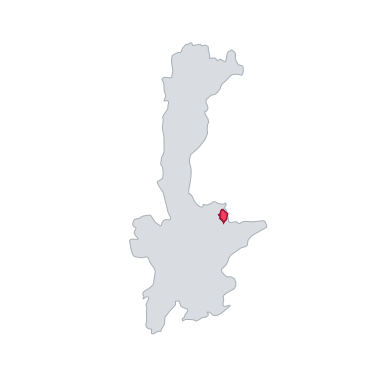 Naxaithong, Vientiane [prefecture], Laos shown in context, rotated 219°
{"feature_id": "54806243B89658590845208", "entity_name": "Naxaithong", "entity_type": "district", "adm_level": 2, "iso_a3": "LAO", "parent_name": "Laos", "parent_adm1": "Vientiane [prefecture]", "projection": "natural_earth1", "projection_center": [102.482, 18.185], "detail": "fine", "context": "in_parent", "style": "filled", "palette": "rose", "viewbox_px": 384, "rotation_deg": 219, "n_neighbors": 0, "source": "geoboundaries", "source_scale": "gbopen_adm2", "svg_char_len": 5650}
<svg xmlns="http://www.w3.org/2000/svg" viewBox="0 0 384 384"><g transform="rotate(219 192 192)"><path d="M144.6,60.2L146.1,63.2L153.0,71.3L154.1,73.5L156.7,75.2L158.8,82.4L159.7,82.9L160.8,82.4L161.7,81.4L162.4,78.6L162.9,78.3L163.7,80.6L165.6,81.3L166.4,82.3L166.7,84.0L166.4,85.8L164.8,89.9L163.8,95.4L170.6,107.3L173.4,108.9L180.2,110.8L184.7,113.4L186.9,112.8L188.9,109.9L191.3,108.2L195.8,105.7L197.2,105.6L199.7,106.6L203.8,109.5L210.0,115.0L209.8,116.5L208.7,117.9L205.4,120.1L204.3,121.5L205.0,122.0L207.7,122.4L211.0,123.6L212.0,125.1L212.6,128.4L213.2,129.0L216.2,128.6L217.1,129.1L218.2,130.1L219.3,132.8L219.3,134.9L216.3,138.5L215.9,140.6L214.4,143.2L210.3,147.5L209.2,147.8L201.5,145.4L195.4,145.7L194.9,146.6L195.9,149.2L196.2,151.8L195.3,153.8L191.8,156.3L191.7,157.4L192.4,158.6L197.5,160.9L213.8,173.3L221.2,175.7L224.5,177.2L225.3,178.1L225.3,179.2L224.4,180.6L223.7,183.0L223.7,184.5L224.5,185.9L225.8,188.0L230.4,192.7L233.7,193.8L237.2,199.2L238.3,203.9L240.0,207.0L248.5,217.2L255.6,223.4L259.9,230.2L261.9,231.7L262.6,234.2L263.1,241.3L265.6,244.9L266.1,246.3L267.2,247.4L268.4,247.6L270.9,245.3L271.4,245.6L272.5,249.4L273.5,250.7L277.3,253.0L281.3,257.6L283.4,259.2L286.1,260.5L286.5,261.9L286.0,263.4L285.2,264.3L280.6,267.0L279.9,268.1L283.0,273.9L290.7,281.1L293.2,285.4L292.7,287.5L290.6,291.6L289.0,292.8L288.6,294.1L289.8,297.5L289.7,302.8L288.2,304.0L286.9,307.2L285.9,307.5L283.6,306.3L278.7,311.9L276.5,311.6L274.1,314.7L270.9,315.1L268.7,312.8L264.0,309.1L262.3,306.8L260.8,308.8L258.3,310.7L254.8,310.0L253.9,312.8L253.2,313.3L249.0,313.7L248.2,314.2L248.9,316.7L251.4,321.0L252.2,323.5L250.6,327.5L246.3,327.4L244.3,325.7L241.8,322.3L236.2,320.1L232.5,321.6L231.3,321.5L228.5,318.7L227.4,316.8L226.8,314.1L231.1,311.9L233.2,310.1L234.6,308.3L235.2,306.4L235.9,298.4L236.5,295.6L236.1,292.1L235.0,289.4L235.0,285.3L235.6,282.1L237.2,280.4L238.3,278.0L239.0,272.7L238.4,271.3L236.8,270.0L234.1,268.8L232.4,267.2L231.7,265.4L231.8,263.7L232.6,262.3L230.6,260.7L225.7,258.9L222.9,256.8L222.4,254.4L220.3,251.1L216.8,247.2L214.9,241.4L214.7,233.9L215.1,227.9L216.6,220.8L214.5,215.7L212.3,213.0L209.2,211.0L206.2,208.2L203.3,204.5L199.9,199.1L196.0,191.8L193.3,188.6L191.9,189.4L189.1,188.7L184.7,186.6L180.9,185.5L177.7,185.3L175.6,185.8L174.6,186.9L174.5,188.0L175.4,189.1L174.9,189.9L173.2,190.5L171.9,191.7L170.3,194.3L169.3,197.8L167.6,199.1L165.2,199.4L162.7,200.4L160.3,202.1L159.2,203.4L159.3,204.3L158.8,204.4L157.6,204.0L157.1,202.8L157.1,201.0L155.9,199.8L153.4,199.2L150.5,197.2L145.1,192.3L143.8,192.0L142.0,193.3L139.7,196.1L137.8,197.2L136.2,196.7L135.1,197.6L134.2,200.2L132.7,202.2L125.4,207.6L118.7,214.5L117.1,215.1L113.1,213.2L111.8,211.8L117.3,197.6L118.2,194.2L118.0,189.6L115.7,185.8L115.6,184.7L115.9,183.6L118.8,179.2L122.0,167.8L121.9,164.3L120.4,160.4L119.7,156.7L120.3,151.7L120.1,149.7L118.5,148.8L113.5,147.8L110.6,148.6L109.2,150.0L107.6,150.8L104.4,151.3L101.4,149.6L98.9,146.7L98.3,143.2L101.5,135.6L102.2,132.7L102.2,131.3L101.6,129.8L100.9,129.6L99.3,127.9L97.7,124.7L96.3,123.3L94.9,123.5L93.6,124.7L91.5,127.7L90.8,127.3L92.7,116.8L94.5,112.4L96.5,110.3L98.7,109.4L101.0,109.7L102.9,109.4L104.5,108.3L104.3,107.7L102.5,107.5L101.8,106.3L102.2,104.1L103.0,102.6L104.2,102.0L105.4,99.7L106.6,95.9L108.1,93.9L109.7,93.9L112.6,92.2L116.7,89.0L118.3,85.9L119.8,87.3L119.2,90.9L120.0,91.7L120.4,93.0L120.2,95.0L120.5,96.8L121.1,97.6L122.0,98.0L126.3,96.5L129.0,96.4L133.3,99.1L135.9,97.1L135.9,96.4L133.8,93.9L134.4,84.7L134.2,77.7L130.6,72.5L129.9,70.4L129.5,67.0L128.6,64.2L131.1,61.8L132.5,57.6L134.3,56.5L134.8,56.7L137.0,59.9L139.7,58.3L141.8,58.3L143.6,59.1L144.6,60.2Z" fill="#d9dde1" stroke="#a8b0b8" stroke-width="1"/><path d="M157.3,197.5L157.2,197.5L157.1,197.4L157.1,197.2L157.3,197.0L157.4,196.7L157.5,196.5L157.6,196.2L157.7,195.9L157.7,195.7L157.6,195.3L157.5,195.2L157.4,195.0L157.4,194.8L157.2,194.5L157.1,194.4L156.9,194.1L156.8,193.6L156.7,193.5L156.7,193.2L156.4,192.9L156.2,192.8L156.1,192.7L156.3,192.4L156.2,192.2L156.3,192.2L156.5,192.0L156.7,191.9L156.6,191.7L156.6,191.4L156.8,191.3L156.9,191.2L156.7,191.1L156.6,190.9L156.4,190.9L156.2,190.7L156.0,190.8L156.0,191.0L155.9,191.1L155.7,191.3L155.4,191.2L155.2,191.1L155.3,191.1L155.2,191.2L155.2,191.3L155.0,191.2L155.0,191.3L154.9,191.4L155.0,191.3L154.9,191.3L154.9,191.2L154.8,190.9L154.7,190.9L154.7,190.7L154.6,190.4L154.4,190.2L154.3,189.8L154.3,189.6L154.3,189.4L154.3,189.5L154.2,189.4L154.1,189.2L154.0,189.3L153.9,189.4L153.8,189.5L153.7,189.5L153.2,189.5L153.0,189.4L152.9,189.1L152.8,188.8L152.7,188.8L152.4,188.9L152.2,188.9L152.2,189.0L152.0,188.9L151.9,188.9L151.9,189.0L152.0,189.2L151.9,189.2L151.7,189.1L151.7,189.3L151.4,189.4L151.5,189.3L151.4,189.3L151.3,189.5L151.2,189.5L151.2,189.4L151.3,189.4L151.2,189.3L151.1,189.2L150.9,189.2L150.7,189.1L150.6,188.9L150.4,188.8L150.2,188.8L149.9,188.8L149.8,188.6L149.7,188.5L149.4,188.5L149.2,188.6L148.9,188.7L148.6,188.4L148.5,188.2L148.3,188.1L148.1,188.0L148.0,187.9L148.0,188.3L148.0,188.5L148.1,188.9L148.2,189.5L148.2,189.9L148.2,190.1L148.2,190.3L148.1,190.9L148.1,191.2L148.0,191.5L148.0,191.8L148.0,192.0L148.1,192.4L148.1,192.5L148.3,192.9L148.3,193.0L148.5,193.3L148.6,193.5L148.8,193.8L149.3,194.6L149.4,194.8L149.5,195.1L149.6,195.4L149.7,195.7L149.9,195.9L150.0,196.1L150.2,196.6L150.3,196.8L150.4,197.2L150.5,197.3L150.7,197.5L150.8,197.4L151.1,197.4L151.3,197.5L151.6,197.5L152.2,197.6L152.6,197.5L152.9,197.5L153.8,197.5L154.2,197.6L154.5,197.6L154.8,197.7L155.1,197.7L155.3,197.8L155.6,197.8L155.8,197.8L156.7,197.8L156.8,197.8L157.0,197.9L157.2,197.6L157.3,197.5Z" fill="#f43f5e" stroke="#9f1239" stroke-width="1.5"/></g></svg>